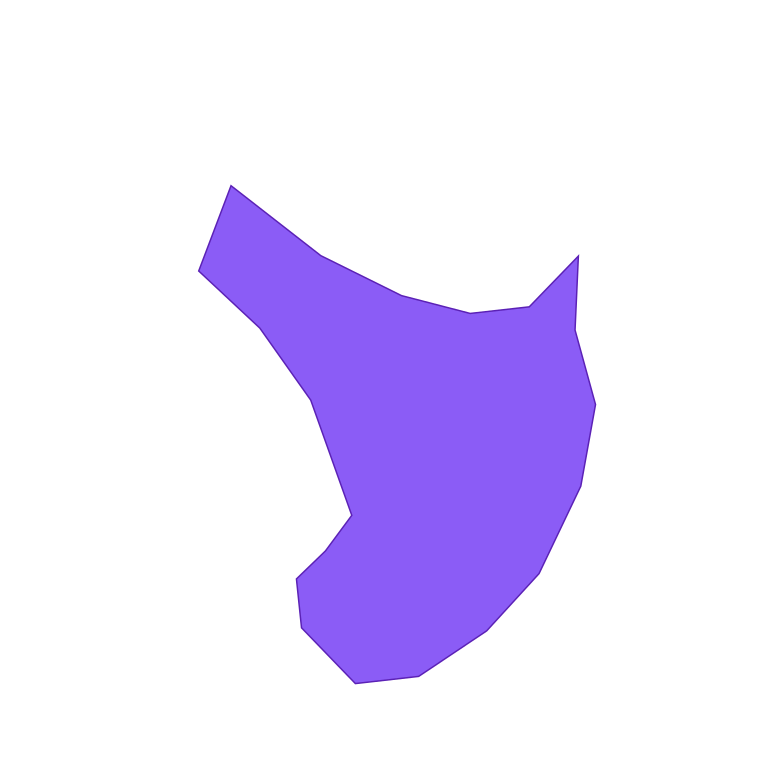 the state/province of San Marino, rotated 46°
{"feature_id": "SMR-4884", "entity_name": "San Marino", "entity_type": "state/province", "adm_level": 1, "iso_a3": "SMR", "parent_name": "San Marino", "parent_adm1": "", "projection": "mercator", "projection_center": [12.418, 43.922], "detail": "fine", "context": "isolated", "style": "filled", "palette": "violet", "viewbox_px": 768, "rotation_deg": 46, "n_neighbors": 0, "source": "natural_earth", "source_scale": "10m", "svg_char_len": 422}
<svg xmlns="http://www.w3.org/2000/svg" viewBox="0 0 768 768"><g transform="rotate(46 384 384)"><path d="M174.0,438.8L135.1,356.3L247.8,340.3L332.6,310.0L393.1,273.0L429.4,225.9L427.0,155.3L477.9,209.1L545.7,246.1L594.2,313.4L628.1,404.2L632.9,481.6L618.4,562.2L579.6,612.7L502.1,612.7L463.4,582.4L463.4,542.1L456.1,498.4L344.7,447.9L257.5,434.5L174.0,438.8Z" fill="#8b5cf6" stroke="#5b21b6" stroke-width="1.5"/></g></svg>